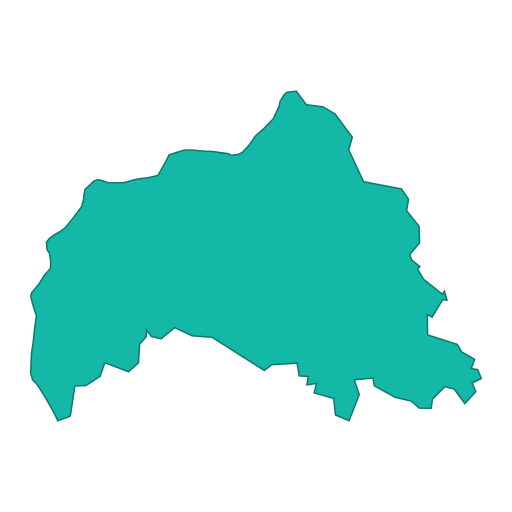 Tetovo, Tetovo, North Macedonia
{"feature_id": "65306769B82420997238505", "entity_name": "Tetovo", "entity_type": "district", "adm_level": 2, "iso_a3": "MKD", "parent_name": "North Macedonia", "parent_adm1": "Tetovo", "projection": "orthographic", "projection_center": [20.883, 42.045], "detail": "fine", "context": "isolated", "style": "filled", "palette": "teal", "viewbox_px": 512, "rotation_deg": 0, "n_neighbors": 0, "source": "geoboundaries", "source_scale": "gbopen_adm2", "svg_char_len": 1804}
<svg xmlns="http://www.w3.org/2000/svg" viewBox="0 0 512 512"><path d="M349.1,420.7L359.2,394.6L354.3,379.8L373.0,378.1L374.3,385.8L395.1,397.3L411.3,401.1L419.4,408.2L431.3,408.2L432.4,399.2L444.9,386.7L454.2,389.1L464.8,403.6L475.8,391.7L472.1,383.0L481.3,378.5L477.7,369.6L471.2,368.6L474.7,359.4L461.7,351.9L457.3,344.4L427.6,334.9L427.3,314.5L432.1,317.2L442.7,299.6L447.0,300.2L444.4,291.2L442.3,294.2L423.6,279.3L417.6,269.1L419.9,266.6L411.9,260.3L409.7,254.7L419.6,242.7L419.0,226.2L406.6,210.7L408.5,199.3L401.5,189.0L363.6,181.7L348.7,149.8L352.3,137.2L335.0,113.9L322.8,106.8L306.4,104.7L296.3,91.2L286.8,92.3L283.9,95.0L279.8,101.9L279.4,105.5L273.5,118.5L263.9,128.5L255.5,135.9L249.5,144.5L248.2,146.1L243.0,151.7L241.6,152.8L239.4,153.9L236.9,154.6L231.2,155.3L228.9,154.0L228.0,153.6L212.7,151.5L209.7,151.3L207.0,151.4L192.5,150.1L184.0,150.1L169.1,154.8L166.8,159.5L164.7,163.4L158.0,175.4L153.9,176.4L147.9,177.7L138.3,178.9L132.2,180.2L126.1,182.2L122.3,182.7L109.1,182.9L104.6,181.5L101.4,180.4L98.6,179.9L97.0,179.9L94.1,181.0L85.0,189.4L83.7,196.6L83.9,198.0L81.7,206.5L72.6,218.7L65.2,227.7L61.5,230.7L54.8,234.5L50.0,237.8L48.7,239.2L46.5,242.3L46.9,248.9L47.6,250.5L49.5,253.4L50.6,260.6L50.6,268.2L44.4,275.3L41.6,279.7L38.9,284.1L31.8,292.5L30.9,295.1L31.0,297.6L33.2,305.9L36.4,315.9L34.6,328.3L33.3,341.5L31.6,352.7L31.0,363.7L30.7,373.3L32.6,379.9L37.4,384.8L46.1,398.7L53.8,412.5L57.2,419.4L57.8,420.8L70.3,416.1L74.9,385.9L85.8,385.6L100.1,376.3L104.8,362.7L128.6,371.8L138.5,362.8L139.6,344.2L146.3,336.7L146.6,330.0L151.3,336.5L161.1,338.8L174.6,327.6L192.1,335.8L212.1,337.3L264.3,370.5L271.7,364.7L297.1,363.2L299.2,375.9L308.3,376.5L306.9,384.9L316.4,383.4L314.2,392.9L333.7,398.4L335.5,415.0L349.1,420.7Z" fill="#14b8a6" stroke="#0f766e" stroke-width="1.5"/></svg>